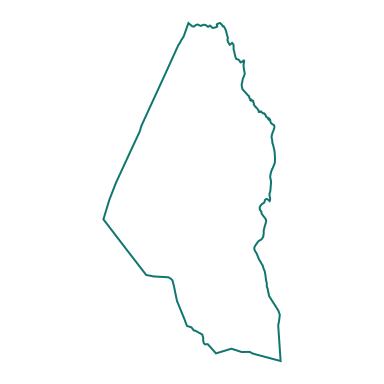 San Francisco Logueche, Oaxaca, Mexico (Equal Earth projection)
{"feature_id": "50627088B77948267896933", "entity_name": "San Francisco Logueche", "entity_type": "district", "adm_level": 2, "iso_a3": "MEX", "parent_name": "Mexico", "parent_adm1": "Oaxaca", "projection": "equal_earth", "projection_center": [-96.367, 16.374], "detail": "fine", "context": "isolated", "style": "outline", "palette": "teal", "viewbox_px": 384, "rotation_deg": 0, "n_neighbors": 0, "source": "geoboundaries", "source_scale": "gbopen_adm2", "svg_char_len": 4177}
<svg xmlns="http://www.w3.org/2000/svg" viewBox="0 0 384 384"><path d="M116.0,182.7L109.5,199.4L103.4,219.3L127.6,250.9L146.2,275.0L151.6,276.0L153.2,276.4L168.5,277.3L171.3,279.1L172.5,280.5L174.0,286.5L177.0,301.0L184.9,320.3L185.8,323.0L187.1,326.0L191.4,327.3L193.7,330.4L195.1,330.6L202.2,334.5L203.2,337.6L203.2,340.9L203.9,343.4L205.2,344.4L207.7,344.1L216.0,353.4L231.4,348.7L241.6,352.0L249.7,351.9L252.6,353.5L257.2,354.8L280.6,361.0L278.2,325.4L279.1,320.7L279.8,314.8L278.4,310.7L269.0,295.9L268.7,293.5L268.5,293.3L267.9,290.0L267.5,288.3L266.8,286.7L266.8,283.5L266.0,279.9L265.7,277.5L265.5,275.7L265.4,275.0L264.7,271.2L263.8,269.2L262.6,265.3L261.9,264.4L261.1,262.8L259.0,259.3L257.6,255.8L257.5,255.5L256.5,253.2L255.8,252.2L255.3,251.3L254.5,249.9L254.3,248.3L254.4,247.3L255.5,245.3L256.7,243.5L257.4,242.6L258.0,241.7L259.3,240.6L259.6,240.4L260.8,239.9L261.8,238.9L262.5,237.9L263.2,236.8L263.4,236.2L263.3,235.2L263.7,234.0L263.7,233.4L263.7,230.4L264.2,228.5L264.9,225.7L265.4,224.2L265.7,223.2L266.1,221.2L266.2,220.8L265.8,219.3L264.8,217.8L263.5,216.2L261.6,213.6L261.3,211.5L259.8,209.7L259.9,209.2L259.6,208.1L259.8,207.1L260.2,206.2L261.3,204.8L262.1,203.9L262.7,203.5L263.3,203.4L263.9,202.9L264.4,202.1L264.7,201.2L264.9,200.3L265.3,199.6L266.0,199.2L266.7,199.0L267.2,199.1L268.1,199.7L268.8,200.3L269.6,201.1L270.1,200.0L270.1,198.0L269.8,196.8L269.5,195.6L269.5,193.9L270.0,192.0L270.3,191.1L270.5,189.0L271.0,182.9L270.9,180.2L270.6,179.1L270.3,178.2L270.2,176.7L270.5,174.3L270.9,172.8L271.3,171.3L272.1,169.2L272.7,168.2L273.5,166.2L274.2,164.7L274.9,162.3L275.0,159.0L274.9,156.3L274.7,153.3L274.4,150.3L273.9,148.6L273.5,146.5L272.9,144.1L272.5,143.6L272.3,142.2L272.3,140.6L271.7,138.1L271.6,136.6L271.8,135.2L272.3,133.6L272.6,132.5L273.0,131.7L273.5,130.4L274.3,128.0L274.4,126.8L274.3,125.9L273.8,124.9L272.9,124.5L271.4,123.5L271.1,123.2L270.6,122.2L270.3,121.5L270.3,120.8L270.3,120.5L270.0,119.7L269.9,119.3L269.6,119.1L269.2,119.2L269.1,119.6L269.0,119.8L268.8,119.7L268.7,119.1L268.7,118.4L268.6,118.1L268.3,118.1L268.0,118.3L267.9,117.9L267.7,117.6L267.3,117.5L266.6,117.1L266.2,116.9L266.0,116.2L265.7,115.3L265.4,114.8L265.1,114.7L265.0,114.3L264.8,113.9L264.6,113.8L264.3,113.7L263.9,113.2L263.5,113.3L263.0,113.3L262.7,113.1L262.3,112.7L261.9,112.3L261.5,112.1L261.2,112.1L261.1,111.8L260.9,111.4L260.6,111.4L260.4,111.5L260.0,111.9L259.8,111.9L259.6,111.7L259.4,111.7L259.3,111.8L259.1,112.0L258.9,112.0L258.7,111.8L258.7,111.5L258.7,110.9L258.5,110.5L258.3,110.3L258.0,109.9L257.8,109.4L257.5,108.8L256.9,108.2L256.3,107.7L256.0,107.5L255.9,107.3L255.7,106.8L255.5,106.6L255.1,106.5L254.8,106.0L254.6,105.7L254.3,105.2L253.8,104.7L253.8,104.3L253.9,103.7L253.8,103.1L253.4,102.5L253.2,102.1L253.2,101.5L253.2,100.9L252.7,100.7L252.3,100.5L251.9,100.6L251.6,100.7L251.5,100.2L251.4,99.7L251.2,99.5L250.9,99.5L250.6,100.0L250.4,100.2L250.2,100.0L250.2,99.5L250.2,99.0L249.9,98.6L249.5,98.2L249.3,97.7L249.2,96.7L249.0,96.1L248.7,96.0L248.0,95.4L247.2,94.4L245.7,92.8L243.5,90.4L242.3,88.8L241.6,84.9L242.1,82.6L242.8,79.0L244.0,76.1L244.8,73.5L244.0,69.7L243.7,67.3L243.5,65.0L243.8,63.2L244.1,61.8L244.1,60.6L243.5,60.5L241.8,62.0L240.5,62.4L239.7,61.0L238.6,59.7L236.1,58.8L235.4,56.7L234.7,53.9L234.2,51.4L233.6,49.5L233.6,46.1L233.4,44.4L232.0,42.9L230.6,44.2L229.8,44.8L228.3,42.6L227.4,40.0L227.9,38.1L226.7,33.8L225.9,30.3L224.3,27.2L223.5,26.2L222.8,26.3L222.5,25.9L222.0,24.8L221.0,23.9L220.5,23.4L219.9,23.0L219.3,23.1L218.6,23.5L217.7,23.8L217.0,24.2L216.8,24.6L216.9,25.2L217.2,25.8L217.3,26.3L217.1,26.7L216.6,27.0L215.7,27.3L214.5,27.6L213.4,27.9L213.0,28.0L212.6,27.8L212.2,27.6L211.5,27.0L210.9,26.3L210.1,25.7L209.5,25.7L208.8,26.5L208.2,26.8L207.7,26.7L207.2,26.2L206.3,25.5L205.4,25.0L204.5,24.8L203.7,24.8L202.4,25.1L201.6,25.7L200.8,25.9L199.6,25.4L198.5,24.9L197.3,24.5L196.0,25.0L194.7,26.0L193.9,26.5L192.8,26.5L191.6,25.8L190.7,25.0L188.4,23.1L183.7,36.4L182.7,38.0L180.9,40.7L180.2,42.4L178.4,45.0L163.8,77.1L150.9,105.1L141.2,126.3L139.9,131.1L138.3,134.6L137.8,135.6L133.2,145.5L130.3,151.7L128.4,155.9L123.3,166.9L120.3,173.4L116.0,182.7Z" fill="none" stroke="#0f766e" stroke-width="2"/></svg>